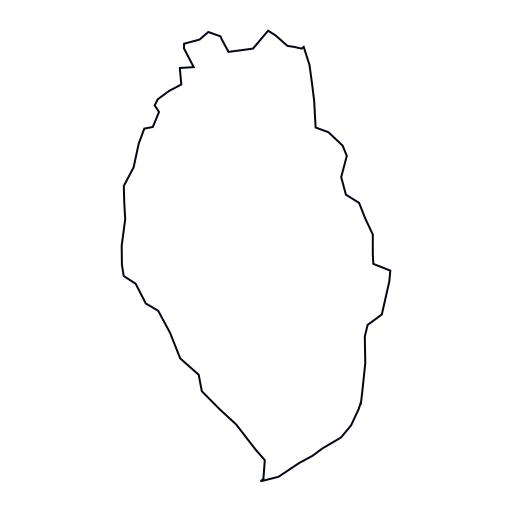 Empa, Paphos, Cyprus (Equal Earth projection)
{"feature_id": "46923920B32941879680416", "entity_name": "Empa", "entity_type": "district", "adm_level": 2, "iso_a3": "CYP", "parent_name": "Cyprus", "parent_adm1": "Paphos", "projection": "equal_earth", "projection_center": [32.424, 34.807], "detail": "fine", "context": "isolated", "style": "outline", "palette": "ink", "viewbox_px": 512, "rotation_deg": 0, "n_neighbors": 0, "source": "geoboundaries", "source_scale": "gbopen_adm2", "svg_char_len": 1018}
<svg xmlns="http://www.w3.org/2000/svg" viewBox="0 0 512 512"><path d="M154.7,105.4L159.0,112.0L152.8,127.0L144.3,128.6L138.7,143.7L133.6,167.4L123.8,185.9L124.3,203.5L125.2,219.2L121.7,245.7L121.9,264.6L123.7,276.0L135.7,283.8L145.8,303.5L158.2,310.8L170.1,332.9L180.2,358.4L198.7,374.8L201.8,391.2L219.4,409.0L236.1,424.4L255.9,450.0L264.8,460.1L263.4,478.9L260.6,481.3L278.5,476.8L299.0,463.1L312.5,455.8L322.6,448.3L341.0,437.5L351.1,425.3L358.8,408.8L360.9,402.1L361.0,402.3L361.9,395.1L363.3,382.0L365.3,363.1L364.8,336.7L367.6,324.9L381.8,314.5L389.3,281.5L390.3,270.6L373.3,263.9L372.8,253.6L372.8,234.5L365.2,218.4L359.1,202.9L345.9,194.7L341.2,177.1L346.8,155.9L342.6,145.6L328.4,132.2L315.6,127.5L314.2,101.2L311.9,82.6L309.5,65.0L303.7,46.9L301.7,48.6L294.1,46.9L287.5,45.9L275.4,35.3L268.1,30.7L253.0,48.6L228.5,51.9L221.9,39.6L220.4,36.3L208.3,32.0L199.5,39.6L184.1,43.7L184.0,48.5L193.7,67.1L179.8,68.0L181.3,84.5L169.3,90.8L157.7,99.3L154.7,105.4Z" fill="none" stroke="#020617" stroke-width="2"/></svg>